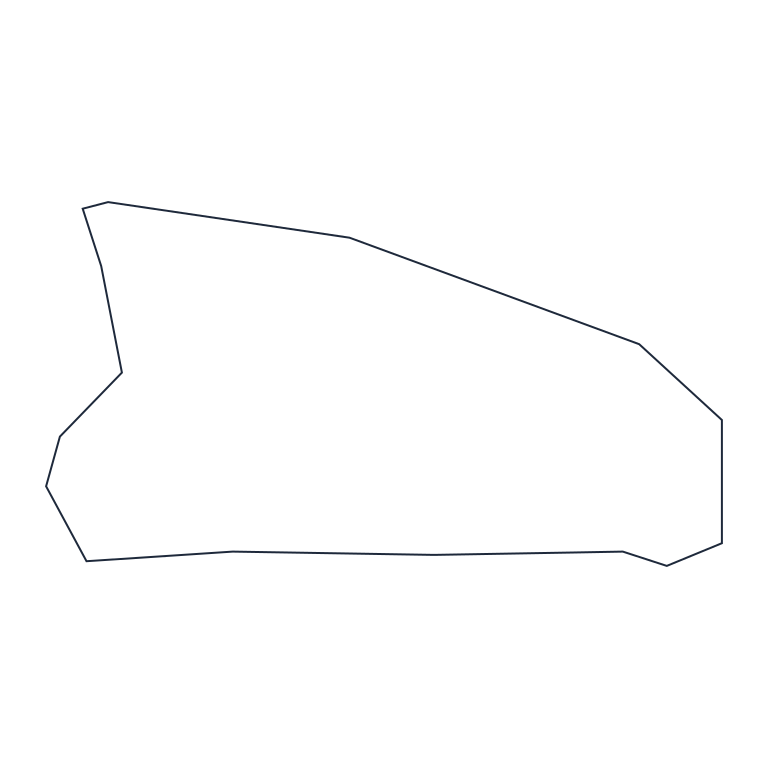 Grande Riviere/Des Branch, Dennery, Saint Lucia
{"feature_id": "8701671B98296158896120", "entity_name": "Grande Riviere/Des Branch", "entity_type": "district", "adm_level": 2, "iso_a3": "LCA", "parent_name": "Saint Lucia", "parent_adm1": "Dennery", "projection": "orthographic", "projection_center": [-60.935, 13.934], "detail": "fine", "context": "isolated", "style": "outline", "palette": "slate", "viewbox_px": 768, "rotation_deg": 0, "n_neighbors": 0, "source": "geoboundaries", "source_scale": "gbopen_adm2", "svg_char_len": 350}
<svg xmlns="http://www.w3.org/2000/svg" viewBox="0 0 768 768"><path d="M86.5,561.2L167.6,555.9L232.7,551.6L281.5,552.4L434.0,554.9L573.7,552.5L622.8,551.6L666.8,565.9L721.9,543.2L721.9,420.0L639.2,344.2L349.5,237.7L108.1,202.1L82.7,208.7L101.2,266.1L121.9,372.6L59.9,436.6L46.1,486.3L86.5,561.2Z" fill="none" stroke="#1e293b" stroke-width="2"/></svg>